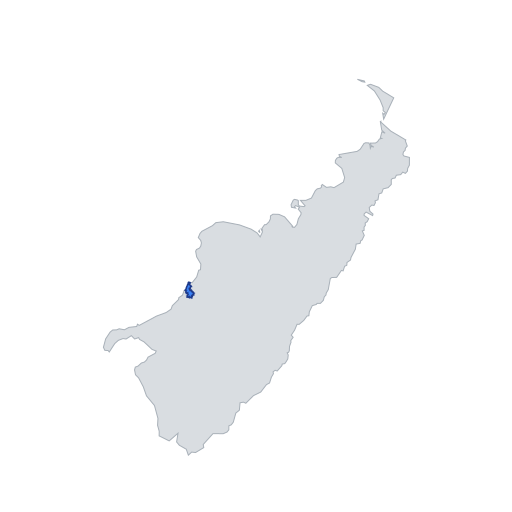 Uruguay, Entre Ríos, Argentina (highlighted), rotated 209°
{"feature_id": "61730980B11587085710178", "entity_name": "Uruguay", "entity_type": "district", "adm_level": 2, "iso_a3": "ARG", "parent_name": "Argentina", "parent_adm1": "Entre Ríos", "projection": "equal_earth", "projection_center": [-58.63, -32.497], "detail": "fine", "context": "in_parent", "style": "filled", "palette": "blue", "viewbox_px": 512, "rotation_deg": 209, "n_neighbors": 0, "source": "geoboundaries", "source_scale": "gbopen_adm2", "svg_char_len": 6485}
<svg xmlns="http://www.w3.org/2000/svg" viewBox="0 0 512 512"><g transform="rotate(209 256 256)"><path d="M307.1,163.1L304.5,168.4L305.1,172.0L302.6,180.4L303.3,182.1L301.3,186.1L302.0,190.4L301.0,194.5L301.4,199.7L300.7,201.2L298.9,201.7L297.7,208.9L299.2,215.8L297.9,217.1L300.3,222.2L307.5,226.5L311.1,230.9L311.2,232.8L309.3,235.5L309.1,237.9L310.1,241.0L312.0,242.9L315.4,244.1L315.9,248.6L315.3,251.4L308.8,261.4L307.3,265.7L301.2,270.1L285.5,275.2L273.3,277.1L266.2,276.7L261.6,274.7L262.0,280.3L264.4,281.9L263.2,282.0L264.2,283.0L263.7,287.5L262.3,288.4L261.2,292.2L261.4,295.4L262.8,298.1L261.4,300.8L256.2,303.5L250.0,304.1L238.3,299.8L238.7,299.1L238.1,298.9L236.2,299.7L235.5,303.4L237.0,309.1L236.8,314.0L237.5,315.7L241.8,317.5L241.5,319.5L242.9,319.7L245.9,319.2L246.2,317.7L244.6,317.1L248.6,315.8L250.2,317.9L250.5,322.9L249.8,324.2L246.7,325.1L245.8,324.9L243.9,321.4L242.3,320.7L237.9,322.5L237.4,323.7L244.1,326.2L239.3,328.9L235.6,333.5L235.8,342.0L235.0,344.4L232.5,346.6L232.1,348.2L233.0,349.1L232.7,350.7L227.6,350.2L224.1,352.8L220.9,353.6L215.4,363.0L216.5,367.6L223.4,374.2L231.8,375.9L232.9,378.1L232.7,380.7L231.8,382.2L228.8,383.7L231.4,383.7L232.6,385.0L218.3,396.5L216.6,399.9L216.1,406.8L215.0,408.2L212.1,409.6L210.0,408.1L208.2,405.6L208.4,407.7L205.7,408.4L209.0,408.5L210.7,410.2L206.3,412.7L205.1,414.9L204.8,418.0L203.1,419.8L204.5,419.5L206.1,425.6L202.6,426.0L207.0,427.0L212.5,433.9L212.1,434.4L211.9,433.7L198.7,430.6L181.2,430.1L181.3,429.2L177.0,425.5L177.6,422.8L176.8,420.6L177.5,418.5L176.7,416.0L175.1,415.2L169.6,416.6L165.9,409.8L165.8,406.1L164.7,403.7L165.4,400.7L168.3,400.5L168.9,397.3L172.4,394.7L172.2,391.6L174.3,389.9L174.7,388.3L172.4,384.2L173.6,379.8L177.3,376.4L176.6,372.1L178.6,370.0L176.6,364.3L178.6,361.9L177.4,360.5L177.3,357.4L179.4,356.7L180.5,353.3L178.1,350.3L174.0,349.4L173.6,347.9L181.0,347.8L181.8,345.3L181.2,343.9L175.5,343.2L175.4,339.9L176.5,337.8L175.2,335.7L175.5,333.7L173.9,330.8L175.2,329.5L171.3,326.5L171.0,321.4L171.8,320.2L171.1,317.5L174.2,315.0L172.4,310.1L172.2,300.8L171.4,298.3L173.3,294.5L172.1,291.9L173.5,290.0L172.6,285.2L174.3,284.8L175.1,276.4L179.3,273.9L180.1,272.3L176.5,261.6L176.6,257.6L175.9,255.8L176.5,253.4L175.6,249.9L176.7,245.8L179.6,244.2L179.8,242.8L182.7,239.9L182.3,233.0L180.8,229.4L182.3,228.2L183.0,222.8L185.1,217.2L187.0,216.2L186.3,209.8L186.8,203.9L184.1,202.9L184.6,198.7L183.6,197.7L182.9,193.3L181.0,189.4L180.8,187.6L181.8,186.5L179.8,185.0L178.3,181.4L178.4,178.1L178.7,175.8L180.7,174.2L180.2,172.6L181.7,165.7L183.9,165.3L184.9,162.9L183.7,161.6L183.8,157.5L182.6,151.5L184.5,148.6L185.9,139.3L190.5,132.7L193.5,122.3L196.1,122.1L198.8,119.9L195.8,113.1L197.5,108.8L195.3,99.7L195.8,96.3L197.4,94.3L195.5,90.8L196.0,88.0L198.5,84.7L207.5,79.8L210.8,65.6L208.8,63.1L213.6,54.8L217.2,53.3L218.6,49.0L223.3,53.2L231.3,53.3L235.3,54.9L238.3,63.2L242.3,52.2L253.5,51.7L255.7,55.8L260.0,60.2L263.0,66.4L272.3,76.0L284.0,80.6L291.2,87.0L299.6,92.5L303.8,93.7L307.0,97.5L307.7,100.3L305.8,102.5L304.4,106.8L302.2,109.1L301.3,111.9L301.4,115.2L297.0,122.0L297.2,124.5L301.6,123.9L312.3,126.6L317.4,126.6L319.1,127.7L321.9,124.6L326.4,125.9L329.4,120.4L332.3,119.3L335.5,115.5L337.1,110.9L337.8,100.9L339.5,101.6L342.5,100.2L345.2,102.2L347.3,110.6L346.7,118.7L345.4,121.9L342.2,123.7L340.4,126.0L335.3,127.7L332.5,132.0L326.2,136.5L326.6,138.9L324.5,138.7L313.9,155.2L307.1,163.1ZM212.2,461.1L210.7,437.6L214.4,442.3L212.7,442.0L212.4,444.2L215.2,444.7L216.7,447.4L223.1,452.6L232.4,457.7L241.4,459.2L239.1,461.7L230.4,463.0L225.1,461.6L212.2,461.1ZM245.1,460.8L247.7,459.9L253.0,459.7L246.1,461.6L245.1,460.8ZM265.7,278.9L265.6,280.1L263.9,278.3L265.7,278.9Z" fill="#d9dde1" stroke="#a8b0b8" stroke-width="1"/><path d="M301.3,192.1L301.2,191.9L300.9,191.9L301.0,191.8L300.9,191.8L300.9,191.7L300.7,191.6L300.4,191.5L300.3,191.4L300.2,191.2L300.1,190.9L300.0,190.7L299.8,190.6L299.6,190.6L299.6,190.4L299.4,190.5L299.3,190.4L299.0,190.4L299.1,190.2L299.0,189.7L298.8,189.5L298.6,189.6L298.4,189.5L298.2,189.5L297.9,189.6L297.8,189.8L297.8,190.0L297.7,190.3L297.6,190.1L297.5,189.9L297.4,189.8L297.4,189.7L297.2,189.6L296.9,189.6L296.8,189.4L296.7,189.4L296.7,189.2L296.7,188.9L296.7,188.6L296.7,188.4L296.7,188.2L296.6,187.9L296.4,187.7L296.5,187.6L296.4,187.6L296.3,187.4L296.3,187.2L296.2,187.1L296.3,187.1L296.2,187.0L296.2,186.9L296.2,186.7L296.0,186.8L295.9,186.8L295.5,187.3L295.4,187.2L295.0,187.3L294.6,187.4L294.5,187.7L294.4,187.7L294.4,187.8L294.3,187.7L294.3,187.8L294.2,187.8L293.6,187.8L293.4,187.9L293.2,188.2L292.6,188.0L292.4,188.2L292.4,188.3L292.5,188.4L292.5,188.5L292.4,188.5L292.5,188.6L292.4,188.7L292.4,188.8L292.3,188.7L292.3,188.8L292.4,189.0L292.5,189.2L292.4,189.2L292.5,189.2L292.4,189.2L292.4,189.3L292.5,189.3L292.5,189.5L292.4,189.5L292.2,189.7L292.2,189.8L292.3,189.8L292.2,189.8L292.3,190.0L292.2,190.1L292.2,190.3L292.3,190.4L292.4,190.5L292.5,190.6L292.4,190.9L292.5,190.9L292.4,191.0L292.5,191.0L292.4,191.2L292.5,191.3L292.5,191.2L292.5,191.3L292.4,191.3L292.4,191.5L292.2,191.7L292.3,191.8L292.4,192.0L292.3,192.3L292.2,192.4L292.2,192.5L292.3,192.5L292.2,192.5L292.3,192.6L292.3,192.8L292.2,192.8L292.2,193.0L292.3,193.2L292.3,193.3L292.2,193.5L292.3,193.5L292.4,193.4L292.5,193.4L292.6,193.5L292.8,193.5L293.0,193.6L293.6,194.0L293.9,193.6L294.0,193.6L294.1,193.8L294.4,193.9L294.5,194.0L294.8,194.3L295.0,194.4L295.3,194.4L295.5,194.5L295.5,194.4L295.6,194.5L295.6,194.4L295.8,194.4L296.0,194.4L296.2,194.2L296.3,194.1L296.5,194.1L296.8,193.8L297.0,193.9L297.0,194.0L297.3,194.2L297.3,194.3L297.5,194.3L297.8,194.4L298.0,194.5L298.0,194.8L298.1,195.0L297.9,195.1L298.0,195.2L297.9,195.2L298.0,195.3L297.9,195.4L297.9,195.5L298.0,195.5L297.9,195.6L298.0,195.5L298.0,195.8L297.9,195.8L298.0,196.0L298.0,195.9L298.1,196.0L298.0,196.3L298.1,196.5L298.3,196.8L298.3,197.0L298.2,196.9L298.2,197.0L298.3,197.3L298.2,197.4L298.3,197.5L298.2,197.6L298.3,197.6L298.3,197.8L298.2,198.1L298.3,198.2L298.3,198.4L298.3,198.5L298.3,198.4L298.2,198.4L298.3,198.5L298.2,198.5L300.5,198.6L300.5,200.6L301.7,200.6L302.0,200.6L302.3,200.3L302.3,199.9L302.3,199.7L302.2,199.6L302.1,199.4L302.0,199.2L302.0,198.7L301.9,198.4L301.9,198.1L302.0,197.9L301.8,197.4L301.8,197.0L301.7,196.9L301.7,196.7L301.7,195.9L301.6,195.6L301.7,195.4L301.6,194.9L301.6,194.6L301.5,194.3L301.3,194.1L301.3,193.9L301.2,193.6L301.2,193.4L301.1,193.2L301.2,192.8L301.2,192.5L301.3,192.3L301.3,192.1Z" fill="#3b82f6" stroke="#1e3a8a" stroke-width="1.5"/></g></svg>